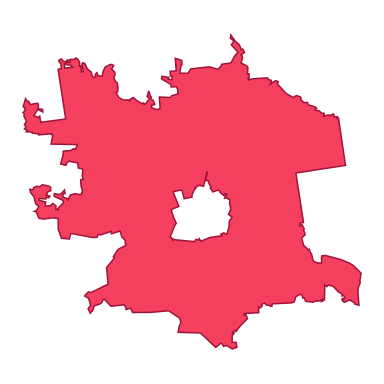 outline of Iecavas pag., Iecavas, Latvia
{"feature_id": "27541924B36715332650417", "entity_name": "Iecavas pag.", "entity_type": "district", "adm_level": 2, "iso_a3": "LVA", "parent_name": "Latvia", "parent_adm1": "Iecavas", "projection": "orthographic", "projection_center": [24.179, 56.61], "detail": "fine", "context": "isolated", "style": "filled", "palette": "rose", "viewbox_px": 384, "rotation_deg": 0, "n_neighbors": 0, "source": "geoboundaries", "source_scale": "gbopen_adm2", "svg_char_len": 5809}
<svg xmlns="http://www.w3.org/2000/svg" viewBox="0 0 384 384"><path d="M357.9,292.4L358.1,288.0L360.2,282.9L359.9,280.9L361.0,273.2L353.7,265.8L349.8,263.3L341.0,259.6L325.3,255.4L321.8,255.9L322.0,257.0L321.4,257.3L321.7,263.1L317.1,262.8L314.4,261.6L312.9,260.0L311.7,254.3L310.0,251.8L309.4,249.4L308.7,250.0L303.7,245.4L301.6,238.0L304.9,235.1L304.9,233.0L303.6,230.3L304.2,228.7L301.9,224.7L299.9,226.0L300.0,223.1L303.5,222.5L295.9,173.0L345.5,165.4L338.5,118.1L337.1,118.6L337.4,116.7L333.8,116.8L333.5,116.4L334.1,115.0L333.4,113.9L329.7,115.6L328.6,114.9L323.5,116.2L324.3,113.9L324.0,113.2L321.6,113.1L319.0,110.7L315.4,110.4L315.1,109.5L316.6,108.3L315.0,106.9L308.0,104.7L307.5,102.5L303.8,102.5L300.6,99.5L301.1,98.1L300.2,96.9L296.7,95.5L292.9,97.4L286.2,93.5L277.5,84.1L278.2,81.7L277.1,81.1L275.4,80.8L270.3,84.2L271.5,81.6L271.0,80.2L268.3,79.6L267.9,78.1L267.0,77.9L252.6,78.8L248.5,80.0L248.1,78.9L249.1,78.4L249.0,73.7L247.0,73.8L247.7,71.5L247.9,67.4L246.4,65.7L240.9,62.9L242.5,58.2L242.2,56.0L241.1,54.7L244.5,52.4L242.8,49.0L240.7,49.7L240.4,47.1L239.3,44.7L235.1,41.0L230.8,35.0L230.3,38.2L234.0,41.0L231.3,44.9L238.0,52.2L234.8,55.8L230.9,63.0L221.8,64.2L220.8,66.4L217.8,69.3L209.5,66.8L190.8,68.9L187.9,73.3L179.7,73.1L181.0,65.4L182.1,64.7L181.7,60.4L175.3,58.3L176.2,70.9L170.1,71.3L170.5,76.2L172.1,76.2L171.9,79.9L168.2,79.2L168.8,77.5L162.0,76.2L161.5,78.9L170.9,84.4L171.1,87.0L176.4,86.7L177.6,89.2L177.9,93.9L171.7,95.7L170.5,97.5L159.3,97.0L160.1,107.9L157.9,109.7L151.8,108.0L151.6,105.1L154.8,104.6L153.3,100.5L150.5,98.7L151.4,97.2L150.2,95.6L149.2,91.8L148.6,91.5L147.1,96.5L149.5,98.4L146.0,103.5L144.3,104.3L143.7,102.9L142.5,103.7L137.6,101.2L133.3,97.5L130.3,99.1L130.6,100.0L129.4,101.0L128.7,99.9L123.4,100.0L119.0,97.7L116.0,92.7L117.8,91.6L117.7,89.2L118.1,88.6L117.3,83.0L115.5,81.4L113.8,77.8L114.7,75.7L115.0,73.5L114.7,72.2L111.7,68.9L113.6,65.8L112.6,64.6L110.4,64.4L105.1,67.1L103.0,71.7L102.3,76.1L98.2,75.9L96.9,72.7L95.1,74.7L95.8,77.1L94.7,77.3L92.6,76.8L91.1,71.9L87.2,68.7L85.3,64.2L84.1,63.1L82.7,62.8L82.1,63.8L82.2,66.6L83.4,71.7L81.4,72.0L80.9,65.8L79.2,66.1L79.8,63.8L79.2,61.5L78.1,59.5L76.0,57.9L74.1,59.4L69.4,59.5L70.4,62.0L69.2,62.7L68.1,62.2L68.3,60.8L67.1,60.0L66.4,61.0L66.6,62.0L65.8,61.9L66.1,64.5L70.5,65.3L72.7,67.1L68.3,67.7L64.9,68.2L64.3,64.2L65.9,63.9L65.6,61.9L63.1,61.1L61.5,58.9L58.7,60.3L59.4,62.4L61.2,63.6L60.9,64.7L61.4,68.7L58.1,69.3L65.7,119.0L40.7,122.3L39.7,116.1L38.3,117.5L33.9,115.7L37.7,109.3L42.8,112.0L42.6,109.3L38.2,108.9L38.5,105.9L37.8,103.2L30.3,104.5L28.7,101.4L27.8,101.9L25.5,98.7L23.2,106.6L24.2,107.3L25.4,110.5L23.0,112.4L24.2,113.8L23.9,116.2L26.5,121.2L24.4,124.6L25.9,127.0L24.4,129.0L27.6,130.3L26.2,131.7L32.2,132.2L32.2,133.1L38.8,134.0L38.7,134.9L51.3,133.7L51.1,134.4L52.8,134.9L51.1,144.1L77.3,144.6L75.5,149.3L73.5,148.7L70.7,150.5L63.3,151.1L62.9,155.9L60.6,164.0L65.8,165.4L66.8,163.0L68.9,161.2L76.9,162.8L77.7,163.1L78.3,168.0L82.2,168.9L82.9,169.9L82.2,175.7L83.2,179.5L80.8,179.6L80.6,180.5L81.2,186.9L82.3,190.1L82.1,193.2L81.6,193.0L81.1,194.6L74.5,193.7L70.5,194.9L67.8,200.0L66.9,198.4L62.9,197.1L63.0,195.0L63.8,193.5L65.1,193.6L64.5,190.0L61.3,193.7L59.0,194.6L54.4,193.6L54.0,196.1L54.5,196.5L63.1,200.4L63.4,202.7L57.6,208.8L58.0,209.7L55.8,209.7L55.9,205.8L52.7,203.4L50.7,205.5L46.1,206.1L45.1,205.4L45.8,202.1L38.6,200.1L39.2,198.5L46.0,199.0L46.0,197.2L49.0,197.7L49.9,196.2L46.3,195.0L47.8,191.8L50.7,190.8L50.6,187.2L49.5,186.4L42.3,184.6L40.2,186.6L36.5,186.3L33.7,187.5L33.6,188.7L32.1,190.0L29.8,189.3L30.5,192.4L33.9,196.7L35.7,203.8L38.9,206.5L36.2,210.8L34.5,211.3L36.2,211.9L38.8,218.2L43.1,219.1L53.1,217.8L58.2,218.6L58.2,229.0L61.5,238.3L69.3,239.0L70.7,233.8L72.0,233.6L92.3,237.5L97.0,237.4L98.1,234.6L100.8,234.9L111.2,231.4L111.4,233.8L120.2,231.0L121.7,236.8L125.1,240.3L125.6,245.6L119.2,248.7L117.0,250.8L113.3,256.8L114.5,257.8L106.6,267.5L108.1,284.1L91.1,292.5L88.3,291.9L84.9,295.5L84.8,296.2L88.6,298.3L90.6,305.2L88.1,308.9L90.3,313.2L93.4,309.4L93.8,306.0L100.7,303.7L102.3,301.9L102.3,300.4L104.4,299.3L111.0,306.3L124.0,304.8L126.1,307.7L126.0,309.5L130.8,308.2L132.5,312.5L150.3,312.4L168.8,310.8L179.7,318.2L180.8,322.5L179.1,326.8L178.1,332.3L200.5,333.0L215.7,347.4L220.8,343.2L222.1,343.9L223.5,346.3L227.1,345.7L232.3,349.0L236.9,347.3L236.2,342.4L232.1,342.2L232.2,335.8L234.2,333.0L232.4,333.2L233.4,331.3L236.2,330.1L235.8,331.8L240.9,325.2L247.5,318.6L245.9,314.5L244.5,315.1L244.3,313.5L258.7,312.7L258.5,305.8L259.1,308.2L260.7,307.5L262.2,306.0L261.6,304.5L264.2,303.0L267.1,305.4L268.7,305.1L270.8,306.4L272.0,306.2L271.8,304.5L272.7,303.8L291.6,302.9L294.3,301.9L295.8,296.7L300.4,294.3L301.9,295.0L302.8,298.0L304.5,298.1L305.3,300.8L306.2,301.4L313.1,302.2L315.1,301.1L319.3,301.0L322.3,299.4L321.4,301.5L322.7,301.2L323.0,299.9L324.5,300.0L324.8,284.8L326.9,286.6L328.5,284.9L333.3,286.5L338.3,291.8L342.4,294.2L341.9,295.8L343.8,295.7L344.7,297.5L343.4,299.3L342.4,298.5L341.9,299.9L344.2,302.4L349.7,299.9L354.1,302.6L354.8,303.3L354.6,304.0L359.0,305.3L357.9,292.4ZM174.7,225.6L176.3,223.2L173.9,218.1L171.1,209.6L178.9,206.4L173.1,191.9L180.3,190.0L182.1,190.7L184.2,198.7L192.0,197.1L192.0,195.0L194.4,189.5L195.7,188.5L195.1,187.8L199.1,185.3L203.5,186.3L207.1,171.8L207.5,171.9L205.2,180.8L207.7,180.3L211.0,187.5L210.3,188.1L212.8,191.9L218.7,189.9L220.3,192.7L224.0,195.6L224.7,195.9L224.3,194.8L225.2,193.6L226.8,194.2L225.9,196.7L223.9,198.7L225.8,197.7L229.8,199.7L229.6,204.5L230.4,206.3L230.6,209.8L228.5,214.4L232.2,217.2L229.3,221.0L229.1,225.1L229.5,225.3L226.9,234.2L223.7,232.9L220.9,234.3L221.8,235.8L209.7,237.5L201.0,241.2L199.2,238.7L198.9,239.9L195.8,239.4L194.6,241.6L173.5,239.6L173.5,238.5L172.6,240.3L171.8,238.0L170.2,237.0L174.7,225.6Z" fill="#f43f5e" stroke="#9f1239" stroke-width="1.5"/></svg>